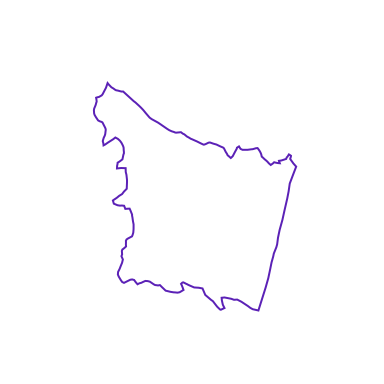 outline of Telafar, Ninawa, Iraq, rotated 152°
{"feature_id": "34846034B27680259981934", "entity_name": "Telafar", "entity_type": "district", "adm_level": 2, "iso_a3": "IRQ", "parent_name": "Iraq", "parent_adm1": "Ninawa", "projection": "mercator", "projection_center": [42.455, 36.523], "detail": "fine", "context": "isolated", "style": "outline", "palette": "violet", "viewbox_px": 384, "rotation_deg": 152, "n_neighbors": 0, "source": "geoboundaries", "source_scale": "gbopen_adm2", "svg_char_len": 3922}
<svg xmlns="http://www.w3.org/2000/svg" viewBox="0 0 384 384"><g transform="rotate(152 192 192)"><path d="M232.4,320.3L233.1,318.1L233.8,316.5L234.6,315.8L235.6,314.7L236.4,313.9L237.6,312.9L239.2,311.6L240.2,310.3L241.5,307.4L241.8,305.9L241.7,303.2L241.3,299.3L240.3,297.8L238.8,296.2L238.4,295.4L238.5,289.5L238.7,288.0L239.3,286.9L240.1,285.8L241.4,283.9L242.6,282.7L244.5,281.3L246.2,279.6L246.9,278.8L247.4,276.7L248.2,274.7L246.3,274.7L243.1,275.1L236.8,275.6L234.1,276.1L232.5,273.7L231.6,271.2L231.2,268.8L231.2,266.3L231.3,264.6L231.6,263.2L232.6,261.1L233.3,259.4L233.9,258.2L235.1,257.1L236.5,255.4L238.1,253.5L240.5,253.1L242.0,252.9L243.9,252.8L244.7,251.6L245.9,250.2L247.2,248.0L243.4,246.5L239.4,244.2L241.1,240.8L241.8,238.0L243.7,233.2L244.7,231.3L247.4,226.7L248.1,225.5L251.9,224.3L254.7,223.0L258.1,222.8L261.0,222.2L265.8,221.7L266.5,218.4L264.0,215.3L262.3,214.0L260.0,212.8L258.4,211.7L258.8,208.4L257.0,207.6L254.9,206.6L255.0,204.8L255.5,200.2L256.0,199.3L256.6,197.3L257.2,195.7L257.9,193.7L258.6,191.4L258.8,190.8L259.6,189.3L261.0,186.7L262.4,184.5L263.0,183.6L264.8,181.8L265.8,181.0L267.5,181.0L268.9,181.0L270.6,181.0L272.1,180.8L273.3,179.9L273.8,178.8L275.1,176.5L275.8,174.9L277.2,174.5L279.1,174.1L280.5,173.9L281.6,172.9L283.0,169.7L284.4,168.5L284.5,167.6L284.7,164.9L287.0,162.3L289.8,160.0L292.0,158.1L294.8,156.1L296.2,153.9L296.4,151.6L296.2,147.6L295.9,145.3L294.7,143.7L287.7,143.5L285.9,142.9L284.4,141.5L284.0,138.7L283.4,136.1L283.0,136.1L281.7,136.1L281.3,136.1L279.3,135.6L278.9,135.6L278.3,135.6L277.9,135.6L275.0,135.4L272.9,134.1L271.3,132.6L269.1,128.4L268.3,127.2L267.0,126.3L265.8,125.4L264.3,125.0L264.0,124.8L263.0,121.5L262.9,121.3L261.6,117.3L257.8,113.9L255.4,112.1L254.1,111.3L252.0,109.9L251.3,109.7L250.0,109.3L249.6,109.3L245.5,109.5L245.1,112.1L244.8,114.7L244.8,116.0L243.9,116.3L243.0,116.5L242.7,116.5L242.0,116.2L240.2,113.6L239.4,112.6L239.2,112.2L238.0,110.6L234.9,106.7L231.0,104.3L228.0,101.9L228.6,94.9L227.5,92.1L225.8,87.8L224.8,85.8L224.3,82.8L223.9,80.4L223.6,78.8L222.4,75.1L221.8,74.5L217.8,74.3L217.7,78.0L216.5,82.3L215.5,84.7L212.8,83.6L207.5,79.3L205.5,77.1L202.6,75.8L199.9,71.9L197.4,67.3L196.2,65.1L194.9,62.3L193.4,60.0L191.3,58.2L189.0,56.2L171.9,73.0L165.1,80.1L162.0,83.8L158.9,87.5L154.8,92.5L150.6,96.9L148.6,99.3L143.5,103.6L141.4,105.8L137.5,111.3L132.4,117.4L125.2,125.0L118.9,132.4L111.0,141.5L106.4,147.2L101.7,153.6L94.2,160.2L88.1,165.5L89.1,169.7L89.2,170.6L89.7,174.2L89.8,175.1L89.3,175.6L88.1,176.8L87.6,177.5L88.2,178.7L88.8,179.7L91.2,178.3L92.1,178.1L93.3,177.0L94.4,177.2L95.7,177.4L98.4,177.9L100.6,178.7L100.8,177.9L101.0,176.2L102.7,177.3L104.4,178.7L105.5,179.7L107.3,179.2L109.8,178.9L110.2,180.0L110.7,181.3L111.1,183.1L111.6,184.6L112.0,185.6L112.5,186.8L113.2,189.0L113.8,190.5L113.2,192.7L113.0,194.4L113.0,196.2L113.2,198.2L113.5,200.0L114.9,200.6L118.3,201.3L119.7,201.9L123.2,203.2L124.9,204.1L126.2,204.8L127.4,205.4L128.1,206.2L128.9,207.3L129.1,210.2L131.5,210.0L132.2,209.2L135.4,207.1L139.2,204.5L140.9,204.0L141.8,203.8L142.7,206.3L143.3,207.7L143.2,209.2L143.4,211.7L143.3,214.6L143.3,215.7L143.9,217.0L144.3,217.4L144.4,217.5L145.9,219.4L148.1,222.4L150.5,224.7L152.9,227.3L154.3,227.8L157.5,227.9L159.3,228.2L159.9,228.8L161.1,230.4L163.8,234.2L167.4,238.8L168.1,239.6L169.3,241.7L170.4,243.3L171.7,246.5L172.7,247.8L173.7,250.0L178.3,251.9L179.3,252.8L179.7,253.4L180.6,254.3L181.4,255.1L183.1,257.3L184.4,259.6L185.7,262.1L186.0,262.7L187.1,264.8L187.7,266.0L189.4,269.2L193.4,275.3L194.5,277.6L195.8,283.4L196.6,287.4L197.4,290.3L198.2,292.8L199.9,297.6L200.8,299.5L205.6,313.0L207.1,313.8L208.1,314.7L209.8,316.3L211.3,317.5L212.0,318.6L212.8,320.3L214.0,322.3L214.8,325.1L215.0,325.7L215.4,327.8L218.3,325.1L218.9,324.5L222.1,322.3L225.0,320.3L226.4,319.7L226.5,319.7L229.4,319.6L229.9,319.7L230.5,319.9L232.3,320.3L232.4,320.3Z" fill="none" stroke="#5b21b6" stroke-width="2"/></g></svg>